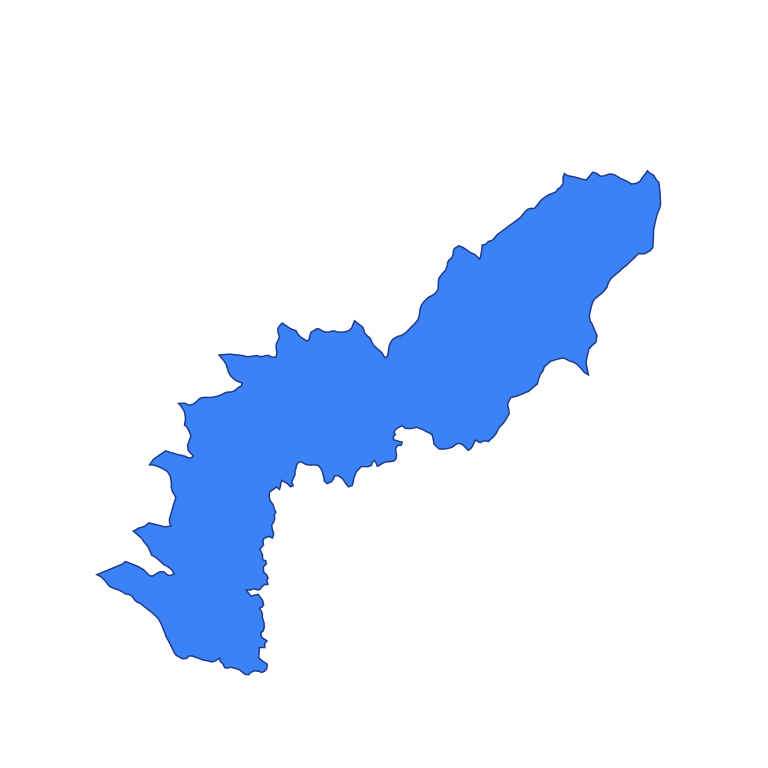 outline of Santo Afonso, Mato Grosso, Brazil, rotated 316°
{"feature_id": "56859067B75409750219852", "entity_name": "Santo Afonso", "entity_type": "district", "adm_level": 2, "iso_a3": "BRA", "parent_name": "Brazil", "parent_adm1": "Mato Grosso", "projection": "natural_earth1", "projection_center": [-57.378, -14.443], "detail": "fine", "context": "isolated", "style": "filled", "palette": "blue", "viewbox_px": 768, "rotation_deg": 316, "n_neighbors": 0, "source": "geoboundaries", "source_scale": "gbopen_adm2", "svg_char_len": 6111}
<svg xmlns="http://www.w3.org/2000/svg" viewBox="0 0 768 768"><g transform="rotate(316 384 384)"><path d="M681.2,376.6L676.3,377.3L671.1,377.7L669.0,374.6L665.2,368.0L660.7,361.4L659.9,358.0L657.3,359.2L655.0,361.1L652.2,364.3L647.6,365.0L644.3,364.5L641.3,365.2L638.0,364.0L634.9,362.7L632.5,361.9L625.9,360.9L622.7,361.1L614.2,362.3L611.6,359.6L608.9,358.2L605.9,358.0L597.8,359.0L569.3,355.2L561.9,355.9L557.8,353.9L554.6,354.3L551.2,352.2L547.2,355.7L542.2,359.3L539.5,360.6L539.4,354.3L537.3,348.8L536.8,345.7L535.7,340.7L533.9,336.6L528.7,335.4L525.8,336.9L523.4,339.0L520.9,340.2L517.8,340.0L514.4,340.6L512.3,342.4L509.1,344.1L506.7,345.0L503.6,345.0L497.2,346.0L494.9,347.6L488.6,353.5L485.4,354.2L482.4,354.3L479.0,353.4L476.2,352.5L469.8,352.5L465.7,353.3L462.3,355.0L456.2,359.8L452.7,361.4L447.8,361.9L441.3,362.0L435.8,362.3L430.2,361.2L426.9,359.3L422.0,357.9L418.2,358.5L415.0,359.8L412.3,361.6L408.8,364.4L405.4,366.5L402.7,365.6L404.2,360.7L404.0,356.1L403.5,351.4L403.5,348.4L404.4,345.0L405.9,341.6L405.4,337.7L405.4,334.3L406.6,331.8L408.2,328.8L406.7,318.0L399.8,321.2L396.4,321.3L393.0,319.9L390.2,317.9L386.9,314.7L385.1,311.3L382.7,309.3L380.1,308.2L378.2,306.2L376.4,303.2L375.8,299.7L374.0,297.5L370.5,296.9L367.7,296.0L363.8,297.9L361.3,299.9L358.6,299.9L356.6,292.1L356.7,288.0L357.7,284.5L356.3,281.7L355.1,279.0L353.1,269.4L349.5,269.6L346.1,270.4L343.4,273.6L341.8,277.2L338.0,279.1L334.4,280.3L331.6,283.0L328.5,287.4L324.8,289.6L322.1,286.9L320.7,283.0L318.3,281.3L315.7,279.8L313.7,277.8L312.4,275.4L310.0,273.5L306.9,271.3L304.5,269.3L302.2,265.5L293.5,255.1L285.6,248.6L285.1,252.7L285.0,255.7L284.1,260.3L280.4,267.3L279.3,271.6L279.5,275.9L280.1,279.4L282.5,284.7L280.1,286.4L277.3,285.4L270.9,284.8L268.3,283.4L266.0,281.2L263.4,279.9L258.8,278.5L254.5,276.4L250.6,273.9L245.3,268.6L242.1,266.6L239.3,266.3L236.5,266.4L232.9,266.0L229.1,264.0L227.1,259.1L222.7,255.3L222.6,259.1L221.6,264.2L220.3,266.8L217.2,271.0L211.9,275.1L212.4,278.0L210.4,284.3L208.8,287.4L199.9,291.8L197.1,295.7L196.8,299.3L197.0,303.2L193.8,303.3L191.9,301.0L190.8,298.0L189.2,295.1L187.1,292.4L185.6,289.6L182.2,283.8L180.5,280.4L165.9,278.0L159.2,279.3L162.1,282.4L163.9,285.8L166.2,291.6L167.4,296.9L166.1,302.1L162.3,307.5L159.4,310.2L157.0,314.7L156.4,317.8L155.2,321.2L151.1,323.3L135.3,332.5L133.3,335.0L132.2,338.2L127.1,334.5L118.5,320.6L112.8,320.0L106.8,316.9L104.2,316.6L101.5,315.6L102.5,326.4L101.8,329.8L101.2,337.1L99.2,342.8L98.0,345.4L99.6,351.7L100.2,360.9L101.4,364.5L102.4,369.9L101.2,374.9L96.8,373.1L95.5,370.3L95.2,366.3L92.5,363.4L84.0,361.3L82.2,359.0L82.0,350.2L80.3,344.4L74.8,332.2L70.9,331.9L45.0,321.7L46.4,325.5L46.8,331.1L46.1,336.6L46.1,339.5L47.9,343.9L49.7,347.2L51.4,351.5L52.2,355.6L54.1,357.7L55.4,361.3L54.6,366.3L54.9,369.3L56.4,373.0L57.0,378.3L58.3,387.2L58.6,391.7L58.6,396.0L57.7,399.7L56.8,402.5L53.4,410.9L52.0,413.6L49.8,421.6L46.4,431.9L46.1,434.9L48.1,441.5L51.4,444.4L54.7,444.1L57.1,446.5L62.3,457.2L64.8,460.5L67.2,464.5L70.5,466.0L75.4,467.1L73.6,469.5L73.7,473.5L72.4,477.5L74.1,479.7L77.1,481.2L81.4,488.9L82.4,496.4L84.8,499.1L87.5,498.9L91.3,500.1L94.4,503.7L95.6,506.5L98.4,507.6L101.8,507.4L105.4,504.5L104.0,497.8L103.7,493.8L108.5,489.7L111.2,486.9L115.2,490.8L118.1,487.6L121.4,487.6L120.0,481.3L122.4,477.5L125.6,477.7L128.4,476.2L131.5,472.9L133.1,470.0L134.3,467.4L136.8,464.9L138.0,462.2L138.6,458.8L141.3,459.7L144.0,459.3L146.3,455.4L147.4,447.9L140.9,444.0L141.3,440.5L141.8,436.6L144.5,439.2L148.2,440.9L150.2,444.6L152.6,445.7L155.5,444.9L158.9,445.4L161.2,447.5L163.2,444.0L166.1,442.8L167.0,439.2L166.8,435.7L170.2,431.7L174.3,431.7L176.2,428.9L174.6,426.2L177.9,422.5L180.0,416.6L185.6,416.1L187.7,412.9L190.6,411.7L195.1,413.5L196.9,417.3L200.5,415.2L203.0,410.5L205.3,407.4L209.1,406.6L212.0,404.8L214.1,402.0L217.2,401.1L218.4,397.4L220.5,393.5L220.9,389.2L222.9,385.5L226.7,382.2L231.3,383.0L235.1,383.4L235.6,387.2L238.2,385.8L240.6,383.9L243.4,382.2L245.3,388.1L245.4,393.0L248.1,394.1L249.6,390.4L253.9,388.5L257.0,387.4L259.2,385.0L262.0,383.6L264.1,382.0L267.1,380.9L270.3,382.0L271.8,387.4L274.3,390.9L277.5,393.5L280.3,397.3L279.4,402.7L277.5,406.5L275.6,409.8L273.7,412.2L273.9,416.1L278.2,417.8L281.6,417.3L284.5,415.8L287.3,417.9L288.3,422.6L288.1,425.6L287.3,429.0L287.0,433.3L290.5,434.9L293.6,433.3L296.4,431.1L299.8,429.3L303.5,427.9L307.0,427.8L310.0,427.5L312.2,429.4L314.9,432.2L318.2,433.8L321.4,432.2L324.0,432.4L323.5,435.5L322.0,438.4L324.5,439.5L327.3,439.8L331.2,441.3L334.2,443.9L337.5,446.2L340.4,446.2L343.3,444.3L347.0,438.9L350.9,437.4L353.6,440.0L356.7,438.7L354.3,434.7L352.2,430.6L354.4,428.1L357.1,428.4L357.5,425.4L360.7,424.9L364.0,425.2L368.3,426.7L368.4,430.5L371.2,433.6L373.8,435.7L377.4,437.7L380.4,444.1L381.4,447.8L382.6,450.6L383.3,454.0L381.4,457.4L378.2,462.1L378.5,468.9L381.9,472.5L385.0,474.6L389.1,476.8L394.7,477.6L397.1,479.1L398.5,482.9L398.5,490.2L401.0,490.8L404.3,490.2L407.2,489.2L410.7,487.8L412.4,493.0L416.6,494.3L419.2,498.0L422.6,497.8L426.5,498.0L430.2,497.5L435.1,495.7L438.2,495.2L442.0,495.2L446.6,494.3L453.3,492.4L455.9,489.1L458.2,485.2L460.7,483.4L465.9,481.9L470.7,484.7L475.7,486.9L479.9,488.4L482.7,489.7L491.7,490.2L494.3,490.5L498.7,487.8L503.3,485.6L506.6,485.2L511.7,482.9L519.8,483.5L526.6,486.9L531.2,490.0L532.6,493.7L533.6,496.7L535.5,500.0L536.5,504.0L536.6,507.1L536.2,515.0L537.4,519.4L542.3,511.6L544.6,508.6L549.5,505.1L555.4,501.3L560.7,500.8L565.2,501.3L570.8,497.2L575.5,485.0L576.2,481.7L579.4,477.3L585.8,473.0L588.7,471.3L591.6,469.9L595.2,469.2L602.7,469.9L607.1,469.9L611.4,469.4L616.2,466.8L621.5,465.7L632.1,466.5L636.4,466.5L640.7,467.0L649.7,467.1L657.8,467.0L659.9,469.5L662.0,471.3L668.0,473.0L672.1,472.6L679.5,465.8L685.4,460.0L688.2,458.3L690.6,456.5L696.3,453.0L700.1,450.8L704.6,449.0L707.8,446.8L713.9,440.0L721.8,429.9L721.7,426.2L723.0,421.2L721.9,417.3L721.5,413.6L718.3,414.4L714.9,414.7L712.3,415.3L708.5,416.0L704.6,414.7L701.1,412.2L698.9,404.8L696.9,400.2L695.4,394.5L694.0,391.7L692.0,389.5L686.2,386.8L683.9,384.7L683.4,380.3L681.2,376.6Z" fill="#3b82f6" stroke="#1e3a8a" stroke-width="1.5"/></g></svg>